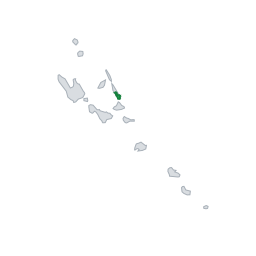 location of South Pentecost, Penama, Vanuatu, rotated 341°
{"feature_id": "77236927B26807877785061", "entity_name": "South Pentecost", "entity_type": "district", "adm_level": 2, "iso_a3": "VUT", "parent_name": "Vanuatu", "parent_adm1": "Penama", "projection": "albers", "projection_center": [168.224, -15.887], "detail": "fine", "context": "in_parent", "style": "filled", "palette": "green", "viewbox_px": 256, "rotation_deg": 341, "n_neighbors": 0, "source": "geoboundaries", "source_scale": "gbopen_adm2", "svg_char_len": 3696}
<svg xmlns="http://www.w3.org/2000/svg" viewBox="0 0 256 256"><g transform="rotate(341 128 128)"><path d="M84.5,61.1L86.5,71.4L88.8,71.3L89.9,70.8L91.2,68.4L91.8,64.6L93.0,64.0L94.5,64.4L93.8,65.6L94.3,68.7L95.4,70.3L96.2,70.6L97.7,78.6L98.3,80.2L98.3,81.6L95.1,84.5L90.4,84.5L87.1,86.3L85.0,86.2L85.0,84.2L83.2,82.6L81.2,79.2L81.6,73.1L77.9,61.9L77.8,59.0L79.1,55.4L80.3,55.2L82.0,58.2L84.5,61.1ZM104.7,100.6L106.1,101.2L106.9,101.2L107.3,102.7L111.6,105.8L112.8,105.7L113.8,107.3L115.7,108.2L116.2,109.8L117.5,111.6L115.2,113.6L110.7,113.1L108.2,115.5L105.9,114.9L105.5,113.6L105.8,113.2L104.4,110.1L103.8,105.2L102.9,102.4L101.8,101.2L99.8,102.3L98.9,102.4L96.9,100.1L97.8,95.4L98.3,94.0L100.0,93.7L102.4,95.0L104.7,100.6ZM161.9,189.3L160.5,190.8L159.3,190.6L151.6,187.1L151.9,185.6L151.6,182.0L152.5,180.0L154.6,179.2L156.3,179.6L157.3,182.5L159.6,183.7L157.9,184.7L160.7,187.0L161.9,189.3ZM135.7,145.6L138.6,150.1L139.8,150.4L138.0,153.6L134.3,153.9L129.9,153.0L131.5,152.0L130.7,150.7L129.3,150.5L127.8,151.1L127.1,150.9L128.1,148.8L130.5,145.9L131.2,145.7L131.9,145.7L132.5,145.9L135.7,145.6ZM131.2,108.0L127.8,108.3L123.0,107.4L121.1,106.0L120.2,104.7L121.9,103.6L124.3,103.2L127.3,100.1L128.3,101.3L129.4,104.7L130.6,105.8L131.3,106.8L131.2,108.0ZM166.4,208.0L164.8,211.3L162.1,210.5L159.6,208.1L158.3,205.9L159.2,201.8L160.5,201.1L161.9,201.4L162.5,205.4L166.4,208.0ZM128.7,96.6L128.2,96.6L127.7,95.2L126.0,87.6L127.1,80.7L127.8,82.2L130.4,94.2L130.0,96.1L128.7,96.6ZM135.7,121.8L136.6,122.3L136.1,123.6L132.0,122.1L128.7,122.7L127.8,122.6L126.8,121.4L126.1,119.0L126.4,117.4L127.8,116.2L128.3,116.0L129.4,117.5L130.3,118.4L131.2,118.9L133.3,121.2L135.7,121.8ZM119.7,79.9L117.6,81.4L113.9,81.2L112.5,80.4L117.1,76.1L122.4,75.2L119.7,79.9ZM109.7,43.3L108.5,44.9L105.1,44.4L104.3,44.0L104.5,41.4L105.3,40.4L107.4,39.6L110.2,40.9L109.7,43.3ZM106.8,32.3L106.4,32.6L105.6,32.4L103.8,28.6L104.3,27.3L106.5,26.1L108.6,28.2L108.7,29.4L108.7,30.4L108.4,31.2L107.1,31.6L106.8,32.3ZM128.0,76.6L127.5,78.5L126.2,76.3L125.5,66.9L125.8,66.0L126.4,65.9L127.9,72.5L128.0,76.6ZM178.2,228.2L177.1,229.9L175.5,229.8L173.5,228.6L173.9,227.1L176.2,226.8L176.9,226.9L178.2,228.2ZM98.9,89.0L98.3,89.8L95.2,87.8L95.9,85.8L99.3,86.5L98.9,89.0Z" fill="#d9dde1" stroke="#a8b0b8" stroke-width="1"/><path d="M126.8,90.4L126.9,90.5L127.0,90.5L127.2,90.8L127.2,91.0L127.3,91.1L127.4,91.3L127.4,91.6L127.4,91.8L127.3,92.3L127.3,92.5L127.3,92.8L127.4,93.0L127.4,93.3L127.5,93.3L127.5,93.6L127.5,93.9L127.7,94.0L127.8,94.1L127.8,94.4L127.8,94.5L128.0,94.7L128.0,94.8L128.0,95.1L127.9,95.5L128.0,95.7L128.1,95.8L128.2,96.0L128.1,96.3L128.0,96.5L127.9,96.7L127.9,96.8L127.9,97.0L128.0,97.0L128.1,97.3L128.3,97.4L128.4,97.5L128.5,97.6L128.6,97.8L128.7,98.0L128.7,97.9L128.8,97.9L128.7,97.8L128.7,97.7L128.8,97.7L129.0,97.6L129.2,97.8L129.3,97.8L129.5,97.7L129.8,97.6L129.7,97.5L129.8,97.5L129.8,97.4L130.0,97.4L130.0,97.2L130.1,96.9L130.3,96.8L130.3,96.7L130.5,96.7L130.5,96.4L130.5,96.2L130.4,96.2L130.5,96.1L130.4,96.0L130.5,96.0L130.5,95.9L130.4,95.9L130.4,95.7L130.2,95.6L130.2,95.4L130.3,95.3L130.5,95.3L130.7,95.2L130.8,95.2L130.7,95.1L130.8,95.0L130.7,95.0L130.4,95.0L130.4,94.9L130.4,94.7L130.5,94.5L130.5,94.4L130.6,94.2L130.4,94.0L130.4,93.9L130.2,93.9L129.9,93.8L129.7,93.8L129.5,93.7L129.4,93.7L129.2,93.7L129.3,93.5L129.2,93.4L129.3,93.3L129.2,93.2L129.1,92.9L128.9,92.8L128.9,92.7L128.9,92.4L128.7,92.3L128.7,92.2L128.6,91.9L128.5,91.7L128.8,91.7L128.8,91.4L128.9,91.2L128.9,90.9L128.8,90.7L128.7,90.7L128.7,90.8L128.6,90.7L128.5,90.4L128.4,90.3L128.4,90.2L128.2,90.0L127.9,90.2L127.7,90.1L127.4,90.0L127.2,90.1L127.0,90.3L126.9,90.4L126.8,90.4Z" fill="#22c55e" stroke="#15803d" stroke-width="1.5"/></g></svg>